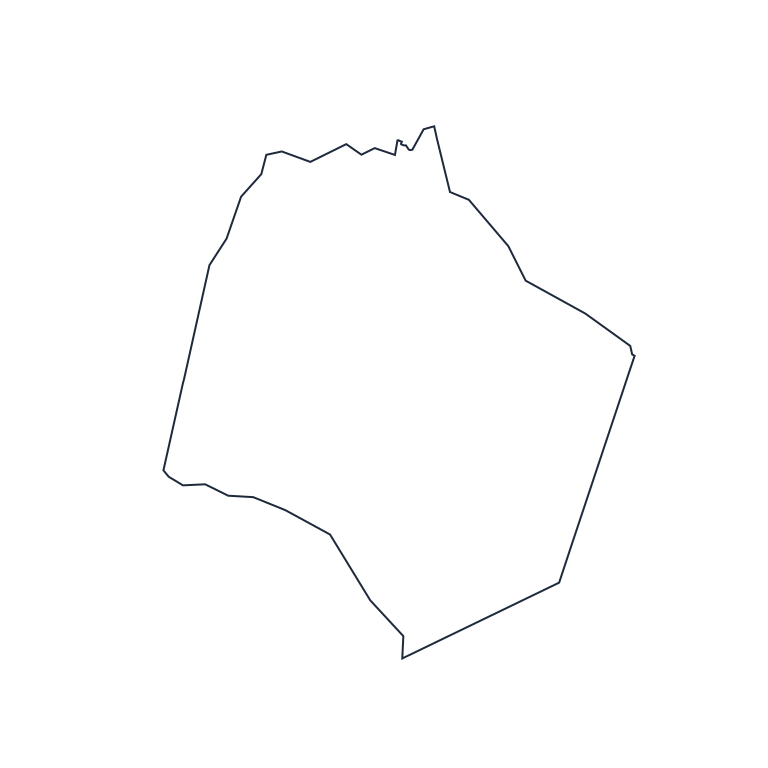 outline of Hoke, North Carolina, United States of America, rotated 332°
{"feature_id": "52423323B67745221671047", "entity_name": "Hoke", "entity_type": "district", "adm_level": 2, "iso_a3": "USA", "parent_name": "United States of America", "parent_adm1": "North Carolina", "projection": "albers", "projection_center": [-79.199, 35.024], "detail": "fine", "context": "isolated", "style": "outline", "palette": "slate", "viewbox_px": 768, "rotation_deg": 332, "n_neighbors": 0, "source": "geoboundaries", "source_scale": "gbopen_adm2", "svg_char_len": 850}
<svg xmlns="http://www.w3.org/2000/svg" viewBox="0 0 768 768"><g transform="rotate(332 384 384)"><path d="M549.3,180.0L538.6,177.7L519.1,190.4L517.6,190.1L516.3,189.2L515.9,188.6L515.4,183.6L513.5,182.6L511.7,180.5L511.8,179.9L513.5,178.4L512.5,177.3L511.9,176.8L511.3,175.6L510.2,175.3L501.2,186.9L486.6,171.4L471.7,170.9L463.3,154.5L423.2,153.3L402.9,130.7L387.7,126.4L374.2,141.1L345.8,151.5L313.3,181.7L285.7,197.1L210.1,285.4L208.2,287.5L207.7,287.9L148.7,356.7L150.4,364.9L158.9,379.1L179.0,388.6L194.0,409.5L215.4,422.5L237.6,449.0L265.7,491.6L270.3,568.6L282.7,615.7L271.3,634.9L445.4,641.6L472.8,615.4L588.6,505.2L605.8,488.8L614.9,480.2L615.5,479.6L618.5,476.8L617.0,474.4L619.3,466.0L594.8,416.3L557.6,359.3L558.5,320.7L545.4,261.2L532.4,245.5L545.9,192.2L547.5,186.5L549.3,180.0Z" fill="none" stroke="#1e293b" stroke-width="2"/></g></svg>